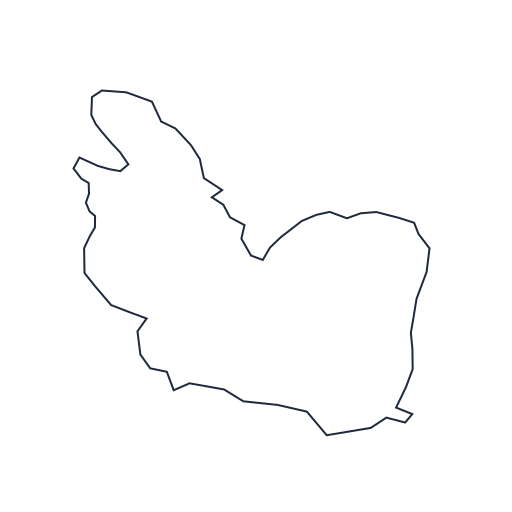 Petra, Cyprus (orthographic projection), rotated 348°
{"feature_id": "46923920B47303866383678", "entity_name": "Petra", "entity_type": "district", "adm_level": 2, "iso_a3": "CYP", "parent_name": "Cyprus", "parent_adm1": "", "projection": "orthographic", "projection_center": [32.906, 35.122], "detail": "fine", "context": "isolated", "style": "outline", "palette": "slate", "viewbox_px": 512, "rotation_deg": 348, "n_neighbors": 0, "source": "geoboundaries", "source_scale": "gbopen_adm2", "svg_char_len": 1102}
<svg xmlns="http://www.w3.org/2000/svg" viewBox="0 0 512 512"><g transform="rotate(348 256 256)"><path d="M89.5,212.6L84.7,237.0L92.5,252.5L104.1,273.9L120.5,284.6L136.0,294.4L124.4,305.0L122.4,328.4L129.2,343.9L144.7,350.7L147.6,370.2L164.5,366.7L197.0,379.9L213.4,395.5L246.3,406.2L273.4,418.8L287.9,446.0L332.5,448.0L349.9,441.2L367.3,449.9L376.0,443.1L361.5,433.4L375.1,415.9L385.7,399.3L389.6,379.9L391.5,363.4L397.3,348.8L404.1,331.3L419.6,307.0L427.3,284.6L419.5,268.1L417.6,256.4L404.1,248.6L392.4,242.8L382.8,238.0L367.3,236.0L352.8,238.0L337.3,228.2L323.7,228.3L308.2,231.2L284.1,242.8L271.5,250.6L261.8,261.3L251.2,254.5L245.3,236.0L251.2,223.4L238.6,212.7L234.7,199.1L225.0,189.4L236.6,184.5L221.2,169.0L221.2,149.5L215.4,134.0L203.7,114.5L191.2,104.8L186.3,83.4L163.1,68.9L139.7,62.1L128.6,66.4L124.2,83.9L126.7,93.8L131.0,102.5L137.8,115.0L144.6,126.2L150.2,139.8L140.9,144.8L130.4,140.5L119.9,134.9L103.8,123.0L95.7,132.4L101.3,144.2L107.5,149.8L105.6,160.4L100.7,168.5L102.5,177.8L106.9,183.4L104.4,194.6L97.6,202.0L89.5,212.6Z" fill="none" stroke="#1e293b" stroke-width="2"/></g></svg>